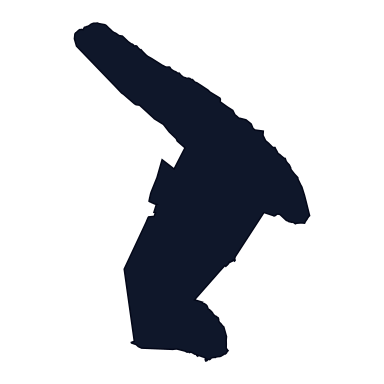 Hidalgo, Nuevo León, Mexico (Mercator projection)
{"feature_id": "50627088B74027010733111", "entity_name": "Hidalgo", "entity_type": "district", "adm_level": 2, "iso_a3": "MEX", "parent_name": "Mexico", "parent_adm1": "Nuevo León", "projection": "mercator", "projection_center": [-100.452, 26.003], "detail": "fine", "context": "isolated", "style": "filled", "palette": "ink", "viewbox_px": 384, "rotation_deg": 0, "n_neighbors": 0, "source": "geoboundaries", "source_scale": "gbopen_adm2", "svg_char_len": 4822}
<svg xmlns="http://www.w3.org/2000/svg" viewBox="0 0 384 384"><path d="M131.3,342.4L131.5,343.0L136.2,344.6L138.3,346.6L141.6,348.1L171.0,349.3L172.7,349.4L174.9,349.1L176.7,349.0L177.3,349.1L185.0,351.1L187.1,352.2L187.7,352.0L188.2,351.9L189.5,352.2L189.4,352.5L189.7,352.6L190.3,352.0L191.9,352.5L194.8,354.2L195.4,354.2L196.4,354.6L197.2,354.7L197.4,355.0L196.9,355.6L197.7,356.2L198.3,355.5L200.3,355.9L200.8,356.2L201.5,356.3L202.2,356.8L203.4,356.9L203.8,357.2L205.4,358.1L205.7,358.8L206.3,359.0L205.2,359.7L205.7,361.0L206.7,360.8L208.0,359.6L209.0,359.2L209.6,359.6L210.5,359.0L211.0,358.3L211.4,357.9L212.1,357.7L212.9,357.6L213.5,357.5L214.0,357.4L215.3,357.5L216.4,356.9L217.0,356.8L218.7,356.6L219.2,356.6L220.1,356.5L220.6,356.2L221.1,356.1L222.5,355.2L223.8,354.5L223.9,354.2L224.3,354.1L224.8,353.9L225.3,354.0L226.3,353.1L226.7,352.6L226.9,352.0L227.1,351.7L227.5,351.2L228.1,350.7L226.8,349.1L226.2,347.9L226.3,344.1L226.2,340.2L226.5,336.6L223.9,327.3L223.8,326.9L222.8,326.1L222.1,325.2L221.7,324.8L221.1,323.9L220.6,323.4L219.5,322.4L219.3,322.0L218.9,321.3L218.7,320.7L218.7,319.9L218.6,319.1L218.2,317.8L216.9,317.0L216.5,316.7L216.1,316.3L215.9,316.2L215.4,316.1L214.9,315.8L214.5,315.5L214.0,315.0L212.9,313.7L212.7,313.1L212.0,312.3L211.4,311.3L211.0,311.2L210.4,310.8L210.2,310.5L209.9,310.0L209.5,309.7L208.8,309.4L208.6,309.2L208.3,309.1L208.1,309.0L207.9,308.3L207.6,307.3L207.1,306.1L206.8,305.6L205.8,304.6L204.0,303.5L203.3,303.5L202.4,302.9L201.8,302.3L202.1,302.1L194.5,299.8L217.5,273.7L218.9,272.1L221.5,269.2L224.3,266.1L224.7,265.6L224.9,265.7L225.3,266.0L225.8,266.4L226.0,266.2L226.1,265.9L226.6,265.5L227.0,265.3L227.1,265.2L227.7,264.5L228.2,264.0L228.6,263.5L229.2,262.1L229.5,262.5L230.5,262.0L231.6,261.4L232.6,261.0L232.5,260.7L233.1,260.0L233.7,260.3L234.5,261.1L235.1,260.4L234.9,259.1L234.8,258.9L234.7,258.2L235.5,256.3L263.8,212.7L264.6,212.7L265.5,213.0L273.4,215.6L274.0,216.0L275.0,215.7L275.7,215.3L276.3,214.7L276.6,214.4L277.1,214.2L277.9,214.1L278.6,214.2L280.0,214.5L286.3,220.4L288.2,221.1L288.8,221.6L289.2,221.8L290.2,221.8L290.5,221.8L291.2,222.3L291.9,222.1L292.5,222.2L293.3,222.5L294.0,222.7L294.2,222.9L294.7,223.4L295.4,223.8L296.2,223.4L297.1,223.2L300.0,223.0L302.3,223.0L304.6,223.2L305.4,221.5L306.5,219.9L307.3,218.8L307.8,217.7L308.2,217.3L308.5,216.8L308.9,216.3L309.6,215.7L306.3,202.4L304.5,195.4L301.9,187.0L300.6,184.7L298.0,179.3L297.8,177.6L294.3,173.8L291.6,170.3L291.2,169.8L290.8,169.0L290.7,167.8L290.2,166.9L289.7,165.7L289.2,164.8L287.3,162.8L286.2,161.3L285.2,158.4L284.2,158.3L281.7,156.3L279.6,154.4L278.1,153.6L277.0,151.4L275.6,148.9L275.0,147.5L272.9,147.5L271.6,146.3L270.6,145.2L269.8,144.5L268.7,143.3L267.5,142.3L265.6,140.7L263.0,135.3L263.3,131.1L255.0,130.0L253.0,128.4L251.2,124.0L246.0,119.8L240.1,118.3L239.7,118.5L238.9,118.0L238.3,117.7L238.1,117.7L237.7,117.0L234.9,114.7L232.8,110.4L227.6,107.1L220.2,101.8L220.4,99.2L219.9,98.1L209.9,92.0L207.9,90.0L196.9,82.8L194.7,82.0L193.2,80.3L192.4,79.5L191.6,79.5L191.0,79.4L189.8,78.4L188.9,78.3L188.3,78.1L186.8,78.5L185.7,77.8L183.4,77.2L182.9,76.8L180.7,75.0L180.3,74.4L180.0,74.1L179.2,73.1L177.8,73.2L176.6,72.4L175.9,71.8L173.8,71.0L172.5,70.2L170.8,68.9L170.1,67.6L169.8,67.2L169.4,67.0L166.8,67.1L166.3,67.1L164.8,66.6L163.9,66.0L162.0,65.1L151.6,58.5L147.6,56.3L145.7,54.7L142.3,51.2L141.0,49.6L139.9,49.6L137.7,47.4L137.0,46.3L136.4,45.9L135.5,45.8L134.0,46.1L133.5,45.7L133.6,45.2L132.5,44.2L131.3,43.9L128.1,41.6L122.4,36.1L118.8,35.5L117.6,34.5L115.7,33.2L114.0,32.5L112.8,31.7L111.7,30.8L110.8,29.8L108.4,27.7L107.9,27.3L107.8,27.0L107.5,26.7L107.0,26.3L106.3,25.5L105.5,25.1L104.9,24.7L98.8,23.6L98.3,23.4L98.0,23.2L97.7,23.1L97.4,23.0L97.0,23.0L96.6,23.1L96.3,23.2L96.0,23.3L95.7,23.4L95.3,23.2L95.1,23.1L94.6,23.2L94.1,23.3L93.8,23.2L93.2,23.3L92.3,23.7L91.9,23.8L91.1,24.2L90.7,24.4L90.3,24.6L90.0,25.0L89.6,25.4L88.8,25.8L88.4,26.0L88.1,26.3L87.9,26.3L87.7,26.3L87.2,26.4L86.8,26.5L86.4,26.7L86.0,27.0L85.5,27.0L85.1,27.1L84.4,27.3L83.1,29.7L81.9,29.6L81.6,29.4L81.4,29.4L81.1,29.5L80.6,29.6L79.6,29.6L79.3,29.8L78.0,30.9L77.0,31.8L76.4,32.5L75.6,32.9L74.9,34.0L74.4,38.8L76.5,46.1L116.5,87.6L121.6,93.0L123.4,94.2L134.5,103.8L136.0,104.7L139.6,105.2L153.8,118.2L154.2,118.7L163.4,124.4L169.3,132.0L176.2,138.6L177.2,141.0L185.0,147.8L176.6,164.1L174.1,169.0L162.1,159.7L157.0,177.6L154.2,184.5L151.1,192.2L150.6,193.8L149.9,197.0L149.8,197.3L149.7,197.5L149.7,197.8L149.0,201.2L149.9,201.8L150.5,202.0L151.0,202.2L151.5,202.5L151.9,202.7L152.4,202.9L152.9,203.1L153.7,203.5L154.7,203.9L154.8,204.0L156.7,204.4L156.3,204.6L153.9,212.4L155.5,212.7L154.0,216.6L153.3,216.5L152.7,216.5L148.6,216.9L148.5,217.0L148.0,217.8L146.9,220.4L147.0,220.4L143.7,227.5L124.2,269.1L134.3,341.3L131.3,342.4Z" fill="#0f172a" stroke="#020617" stroke-width="1.5"/></svg>